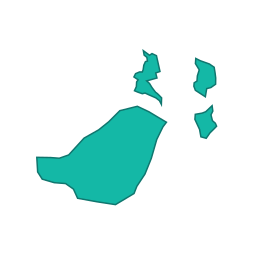 Mokpo-si, South Jeolla, South Korea, rotated 166°
{"feature_id": "91817680B26607970527366", "entity_name": "Mokpo-si", "entity_type": "district", "adm_level": 2, "iso_a3": "KOR", "parent_name": "South Korea", "parent_adm1": "South Jeolla", "projection": "mercator", "projection_center": [126.362, 34.795], "detail": "fine", "context": "isolated", "style": "filled", "palette": "teal", "viewbox_px": 256, "rotation_deg": 166, "n_neighbors": 0, "source": "geoboundaries", "source_scale": "gbopen_adm2", "svg_char_len": 1274}
<svg xmlns="http://www.w3.org/2000/svg" viewBox="0 0 256 256"><g transform="rotate(166 128 128)"><path d="M158.7,56.7L138.0,63.0L133.5,69.3L122.7,79.2L112.8,92.8L102.9,109.9L93.8,120.7L89.3,124.3L96.6,131.5L103.8,138.7L113.7,146.8L131.7,146.8L145.2,138.7L156.9,133.3L173.1,128.8L192.1,116.2L202.0,115.3L210.1,118.0L223.6,121.6L226.3,107.2L223.6,99.1L212.8,92.8L202.0,89.2L195.7,81.9L193.9,72.0L175.9,63.9L158.7,56.7ZM99.9,155.3L93.7,150.5L90.9,147.0L89.9,142.9L88.1,149.1L89.9,152.2L91.2,154.3L92.6,156.0L93.7,158.5L95.0,161.6L96.4,166.1L98.5,169.2L87.8,169.5L87.8,174.7L83.3,175.1L82.9,191.3L86.7,194.4L89.5,193.4L94.4,199.3L94.7,194.8L92.6,192.0L93.0,188.2L95.0,188.2L97.5,185.1L99.2,180.9L100.6,178.9L103.3,179.6L107.5,178.9L109.9,176.1L106.5,172.3L108.5,170.6L109.9,166.1L112.7,162.6L109.9,160.5L105.8,157.8L103.0,157.8L99.9,155.3ZM47.0,174.2L44.8,167.2L48.1,161.8L49.7,156.9L52.9,155.8L54.0,152.6L53.5,148.3L45.4,139.6L42.1,147.2L37.8,147.2L32.4,149.3L30.8,155.3L30.2,160.2L29.7,166.1L33.5,170.4L41.6,175.8L45.4,179.1L47.0,174.2ZM61.0,120.2L58.9,109.3L59.4,101.8L54.6,99.1L49.7,103.4L44.3,106.6L41.6,108.3L42.1,111.5L44.3,114.7L44.3,120.7L41.6,123.9L41.0,129.3L48.6,125.0L52.4,124.5L59.4,125.0L61.0,120.2Z" fill="#14b8a6" stroke="#0f766e" stroke-width="1.5"/></g></svg>